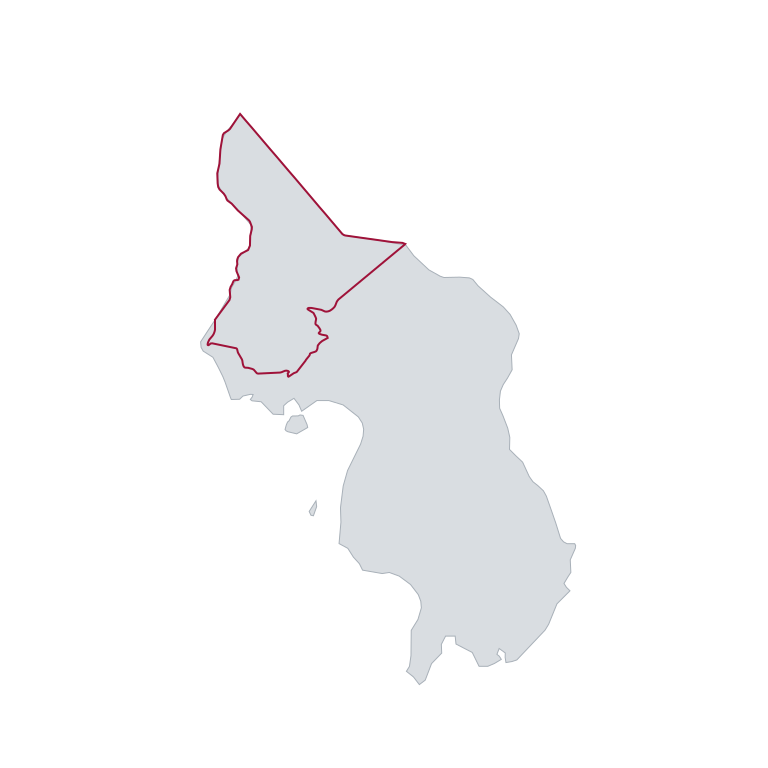 location of Tataouine within Tunisia, rotated 152°
{"feature_id": "TUN-98", "entity_name": "Tataouine", "entity_type": "Governorate", "adm_level": 1, "iso_a3": "TUN", "parent_name": "Tunisia", "parent_adm1": "", "projection": "mercator", "projection_center": [10.291, 31.745], "detail": "fine", "context": "in_parent", "style": "outline", "palette": "rose", "viewbox_px": 768, "rotation_deg": 152, "n_neighbors": 0, "source": "natural_earth", "source_scale": "10m", "svg_char_len": 5232}
<svg xmlns="http://www.w3.org/2000/svg" viewBox="0 0 768 768"><g transform="rotate(152 384 384)"><path d="M526.1,442.0L525.9,444.2L523.4,460.4L522.8,466.2L522.5,476.1L522.5,487.9L528.2,497.9L528.3,502.2L526.1,507.3L515.6,513.1L502.0,520.5L490.4,527.6L477.6,535.4L473.7,540.4L467.4,544.3L462.1,548.1L461.1,551.8L457.4,558.8L452.6,564.4L440.5,567.0L438.2,568.7L432.6,577.1L430.0,580.4L426.8,587.2L430.9,605.0L436.0,623.3L437.0,630.9L436.9,637.2L434.1,644.0L427.6,653.8L422.9,660.9L413.8,673.7L411.1,676.9L404.8,680.6L392.7,685.6L384.2,689.9L379.9,670.4L376.2,653.7L373.1,639.9L367.7,615.5L363.2,594.8L358.6,574.0L354.5,555.1L350.3,536.1L348.5,533.3L336.0,524.3L324.5,516.0L312.5,506.5L299.5,496.3L297.5,483.3L290.8,463.7L283.8,452.8L281.1,449.9L267.0,442.8L258.8,437.6L256.5,434.6L254.9,426.6L249.1,410.6L242.5,396.1L240.0,386.2L239.7,373.9L241.0,364.9L243.9,361.0L257.8,349.9L264.2,336.4L272.1,331.3L279.0,327.5L284.5,323.1L289.5,315.9L293.3,308.3L293.9,300.0L295.5,286.9L298.0,277.8L303.9,267.3L301.4,259.0L298.3,249.9L299.2,234.2L298.4,227.8L295.9,222.1L293.4,214.9L293.3,208.8L295.7,192.9L297.6,180.7L300.6,164.8L299.6,160.4L297.3,157.0L290.6,153.5L290.6,151.4L292.2,149.1L302.1,141.3L307.5,129.9L311.9,127.5L318.7,123.4L318.4,118.9L316.9,114.1L334.5,108.7L351.4,94.6L357.3,91.1L396.3,78.0L401.4,78.9L407.1,80.8L405.4,85.7L403.2,89.6L406.5,96.4L411.2,92.3L410.0,89.5L409.7,85.8L417.7,85.4L424.8,86.0L432.6,90.1L432.1,105.5L442.5,120.6L439.5,128.0L448.0,132.5L455.6,127.2L459.4,119.3L473.3,114.8L486.6,103.2L493.9,102.0L495.5,111.5L499.1,119.8L494.1,122.7L487.7,131.5L475.6,153.7L464.5,160.2L456.1,168.8L453.5,174.9L452.6,181.9L454.7,194.5L460.8,207.3L467.8,215.1L474.6,217.5L490.3,229.7L490.1,236.9L492.3,245.5L493.1,255.9L498.6,264.2L486.9,282.2L480.5,295.2L467.9,313.1L456.8,324.7L432.9,341.9L427.0,347.7L423.2,353.6L421.5,359.7L422.1,367.0L429.9,384.7L440.4,395.2L451.0,400.9L469.5,398.6L468.9,405.4L470.2,413.6L477.7,413.2L482.8,411.9L487.0,404.0L496.1,409.4L500.8,426.0L508.4,431.1L509.3,433.1L506.6,434.3L504.5,436.2L506.8,437.6L514.2,439.6L518.6,438.3L526.1,442.0ZM487.0,395.7L485.1,396.1L481.7,398.5L479.8,398.7L474.7,396.1L472.7,396.1L470.2,394.3L471.0,384.3L471.8,381.4L484.5,381.0L491.3,387.0L492.4,388.6L492.7,390.3L489.5,393.7L487.0,395.7ZM509.9,306.6L498.9,312.8L501.0,307.4L508.2,300.8L510.1,302.4L509.9,306.6Z" fill="#d9dde1" stroke="#a8b0b8" stroke-width="1"/><path d="M503.1,520.1L481.0,530.7L479.0,532.8L476.1,539.5L473.8,541.8L471.2,543.4L468.8,545.4L467.4,545.8L466.1,545.3L464.8,544.6L463.5,544.4L461.9,546.1L461.3,552.8L460.3,555.6L457.3,558.5L456.1,561.4L455.3,562.6L454.2,563.7L453.1,564.6L449.1,566.2L441.1,566.1L437.4,569.1L432.6,577.6L428.1,582.7L426.9,584.7L426.2,590.1L426.3,591.6L431.6,605.9L433.8,614.7L436.1,619.5L436.2,621.0L435.8,624.2L436.1,627.2L437.9,633.0L437.9,635.8L436.7,639.2L432.3,648.3L425.8,655.8L418.3,668.0L409.4,679.5L407.6,680.6L402.4,681.0L400.3,681.5L384.3,690.0L382.3,680.9L380.2,671.8L378.2,662.6L376.2,653.5L374.2,644.4L372.1,635.2L370.1,626.0L368.1,616.9L366.0,607.7L364.0,598.5L362.0,589.3L360.0,580.1L358.0,570.8L355.9,561.6L353.9,552.3L351.9,543.1L351.7,542.2L350.4,536.1L349.6,534.5L348.6,533.4L336.5,524.6L321.6,513.8L310.2,505.5L301.4,499.9L299.5,497.7L300.8,497.3L384.6,480.0L386.4,479.2L387.2,478.7L390.1,476.2L391.5,475.3L393.3,474.7L395.2,474.3L397.5,474.1L398.3,474.2L399.4,474.4L400.8,474.9L401.3,475.2L402.0,475.7L402.3,476.0L404.5,478.9L412.2,485.1L414.0,486.1L414.8,486.5L415.2,486.5L415.5,486.6L415.8,486.5L416.1,486.4L416.3,486.0L416.1,485.4L415.9,485.0L413.0,480.0L412.9,479.6L412.9,478.9L413.0,475.5L413.2,473.7L413.4,473.4L413.6,473.0L415.3,470.9L416.2,469.5L416.3,469.2L416.3,468.8L416.2,468.3L415.9,467.6L415.3,466.7L415.2,466.1L414.8,463.4L414.8,461.8L414.8,461.5L414.9,461.2L415.1,460.9L415.3,460.6L415.6,460.4L415.9,460.3L416.8,460.0L417.4,459.8L417.7,459.6L417.7,459.1L417.4,458.5L415.7,456.7L412.8,454.4L412.4,454.1L412.1,453.7L411.8,453.2L411.8,452.7L411.8,452.3L412.1,451.1L418.3,451.0L419.9,450.7L421.6,450.3L424.1,449.2L424.4,449.0L424.6,448.8L426.1,446.6L426.5,446.2L426.9,445.8L427.8,445.2L428.3,444.9L428.8,444.8L430.1,444.9L433.7,445.6L434.6,445.6L435.1,445.5L435.4,445.2L435.9,444.6L436.6,444.1L441.5,442.0L442.4,441.4L454.9,435.8L455.5,435.6L456.1,435.6L458.6,435.9L464.2,435.3L464.9,435.3L465.1,435.6L465.1,435.9L465.1,436.2L464.9,436.5L464.4,437.4L464.3,437.7L464.3,438.0L464.2,438.3L464.0,438.6L462.5,439.1L462.3,439.3L462.2,439.6L462.3,439.9L462.4,440.2L462.6,440.5L462.9,440.8L463.6,441.4L464.3,441.8L465.5,442.2L468.8,442.5L470.4,442.9L490.1,452.2L490.5,452.5L490.9,452.8L491.1,453.1L491.2,453.3L491.3,453.5L492.2,457.5L492.4,458.0L492.9,458.7L493.4,459.3L496.4,462.1L497.4,462.7L498.2,463.2L498.7,463.5L499.1,463.8L499.3,464.1L499.4,464.4L499.6,465.0L499.6,465.3L499.6,465.9L499.4,467.3L499.0,468.7L498.1,471.2L498.0,471.8L497.9,472.5L498.2,479.8L498.1,480.9L497.4,483.5L497.4,483.9L497.4,484.2L497.5,484.5L497.7,484.9L516.5,500.5L517.2,500.8L517.7,501.1L518.2,501.1L520.2,500.7L520.8,500.7L521.2,501.0L521.3,501.3L521.2,501.6L521.0,502.0L520.5,502.6L519.9,503.3L517.4,505.2L516.2,505.7L512.9,507.0L511.4,507.8L510.1,508.8L508.9,509.9L507.7,511.3L503.1,520.0L503.1,520.1Z" fill="none" stroke="#9f1239" stroke-width="2"/></g></svg>